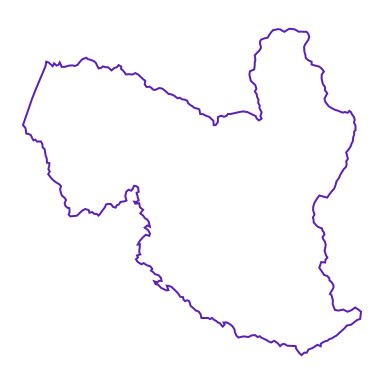 outline of Cerro Azul, Paraná, Brazil
{"feature_id": "56859067B8316714109518", "entity_name": "Cerro Azul", "entity_type": "district", "adm_level": 2, "iso_a3": "BRA", "parent_name": "Brazil", "parent_adm1": "Paraná", "projection": "robinson", "projection_center": [-49.28, -24.885], "detail": "fine", "context": "isolated", "style": "outline", "palette": "violet", "viewbox_px": 384, "rotation_deg": 0, "n_neighbors": 0, "source": "geoboundaries", "source_scale": "gbopen_adm2", "svg_char_len": 5334}
<svg xmlns="http://www.w3.org/2000/svg" viewBox="0 0 384 384"><path d="M257.2,52.6L254.7,55.5L255.4,59.5L254.7,63.1L254.7,65.6L254.2,69.4L249.9,71.3L249.4,74.6L250.8,80.9L255.2,84.9L256.4,88.7L254.9,91.5L256.6,94.0L257.1,96.8L258.4,99.5L258.2,102.9L259.7,105.6L259.4,107.9L261.6,112.4L260.4,116.0L261.6,118.7L258.8,120.4L256.6,118.4L255.8,116.2L247.5,112.1L243.1,111.4L240.0,111.9L230.1,114.1L227.9,113.9L226.7,115.7L224.1,116.8L221.2,115.7L217.9,117.1L217.9,121.9L215.7,125.1L213.7,125.2L213.4,120.7L211.0,118.6L209.5,117.0L205.4,115.5L203.3,114.2L200.2,114.0L199.3,109.3L196.9,108.5L194.0,107.7L192.3,106.2L190.0,104.8L188.2,103.3L187.3,100.8L185.0,99.7L182.1,99.3L179.8,97.7L177.6,98.3L173.9,95.5L171.0,94.3L168.5,93.9L166.8,92.3L164.3,90.1L162.2,88.6L159.4,88.0L154.9,90.0L152.7,89.4L151.3,87.7L149.2,86.7L146.6,87.0L144.7,84.4L145.3,80.8L142.9,79.0L140.0,76.3L138.0,74.4L135.4,73.1L132.1,74.6L130.1,74.2L125.9,74.4L124.3,72.1L122.9,70.4L121.0,68.8L121.3,66.7L118.7,65.1L116.8,67.2L114.4,68.0L111.5,70.4L110.0,69.0L108.1,67.3L105.7,67.2L102.9,66.4L101.1,67.9L98.6,68.4L97.1,65.6L95.7,62.6L93.5,60.9L90.5,59.8L88.0,59.2L86.1,57.7L82.0,59.5L79.4,62.4L77.6,64.8L74.9,66.0L72.4,65.4L69.0,65.6L65.0,66.8L61.6,66.9L60.7,64.4L59.7,62.4L58.6,64.7L56.5,65.6L54.1,63.3L52.7,66.2L50.7,64.3L48.8,62.6L46.3,61.7L45.5,66.2L35.5,90.0L31.9,99.2L23.0,125.1L25.5,128.0L26.3,133.6L28.6,133.9L31.0,135.3L32.1,138.0L33.4,140.3L35.3,139.7L37.1,141.6L40.8,141.4L42.4,144.1L42.7,147.5L44.6,149.1L45.2,152.9L45.6,155.4L46.7,158.3L47.0,162.7L49.3,163.0L49.3,165.5L48.4,169.1L49.7,171.5L48.2,174.2L50.0,176.5L51.6,178.6L53.3,180.3L56.3,182.5L59.6,184.5L61.0,186.4L60.1,189.2L60.8,192.6L62.0,195.7L64.6,197.8L66.0,200.0L64.6,203.2L65.4,205.8L67.3,207.7L69.3,208.1L69.6,211.9L68.7,214.7L70.4,216.4L72.8,216.1L76.9,215.7L82.0,210.8L85.2,209.0L88.8,210.2L89.4,212.7L92.2,212.1L94.2,213.8L96.8,214.0L98.6,215.6L100.0,214.0L102.2,210.8L105.0,207.2L106.0,204.5L108.2,203.9L111.0,204.1L113.2,207.0L115.6,207.6L116.7,205.5L119.0,204.3L120.6,201.9L124.7,201.3L126.5,200.5L125.3,196.3L126.2,191.9L128.5,189.7L131.2,190.7L132.8,188.7L134.1,185.8L136.1,186.1L138.1,187.5L138.7,191.8L136.6,192.8L137.8,197.3L138.7,200.3L136.7,201.9L134.2,201.7L135.4,203.7L139.2,203.2L139.9,207.2L143.1,209.8L140.3,213.4L143.0,215.4L144.8,218.1L147.3,219.6L148.7,221.7L149.9,226.7L147.3,225.5L144.7,227.6L148.1,230.2L150.0,233.6L149.3,235.8L145.7,234.8L142.6,237.6L139.7,241.1L137.8,244.5L139.9,244.3L139.7,247.0L139.4,250.1L139.2,252.3L140.3,254.4L137.0,255.5L138.0,257.5L135.9,259.2L137.5,261.7L141.4,264.3L143.6,263.1L147.0,265.3L150.2,266.3L152.3,268.9L151.0,270.6L153.1,272.1L154.9,274.1L158.5,275.2L161.0,277.9L161.6,281.0L159.1,280.7L157.4,282.4L154.2,281.3L155.5,284.1L158.1,284.7L159.5,286.2L161.2,287.9L166.3,290.4L168.4,290.1L166.8,285.7L168.9,285.9L171.6,287.0L176.2,291.4L178.3,293.7L180.3,296.8L183.1,297.2L183.4,299.4L184.9,301.1L187.1,300.3L189.3,301.2L190.6,305.9L193.4,308.1L195.6,310.4L198.7,311.6L200.5,314.1L201.5,318.0L204.6,318.0L207.9,317.9L210.2,319.1L211.9,317.9L214.0,319.8L216.1,320.9L217.6,322.3L219.6,323.0L222.7,326.6L224.6,324.6L223.6,322.5L226.3,322.4L228.9,323.5L230.6,324.7L232.3,326.1L234.5,329.3L234.8,331.9L236.3,335.4L238.3,337.5L243.6,336.4L248.5,337.0L251.7,335.4L255.2,335.1L257.6,337.1L259.7,336.2L261.3,337.6L266.4,340.0L268.7,341.5L271.0,342.5L274.2,340.8L277.8,343.3L280.1,346.1L282.0,344.3L284.1,343.9L287.3,345.7L295.6,346.1L296.2,348.8L299.3,353.0L301.5,355.1L304.3,352.6L306.7,352.8L308.5,349.5L312.6,348.0L317.4,344.8L320.7,346.2L320.9,343.6L323.4,342.1L325.6,341.1L327.5,340.7L329.5,339.0L332.2,338.3L333.8,337.0L336.3,335.7L344.6,328.2L346.7,325.6L351.3,324.6L353.4,322.9L357.1,320.0L360.2,318.9L360.6,315.2L361.0,311.7L358.5,309.7L355.2,307.5L351.3,310.3L347.4,311.7L343.3,309.6L338.3,310.6L334.9,309.9L332.7,304.1L332.9,300.4L331.5,295.1L329.9,294.0L333.4,287.9L333.6,285.5L331.4,281.9L329.5,280.5L329.3,278.2L327.4,276.1L324.0,274.8L322.9,273.0L319.3,267.8L321.2,262.1L325.1,262.5L325.7,259.4L327.4,257.5L326.1,255.5L324.6,250.7L325.4,247.1L325.7,244.7L324.9,241.6L323.2,239.2L322.5,237.1L324.5,234.5L323.9,232.4L322.6,230.9L322.0,228.5L318.4,227.0L316.7,225.9L313.7,222.4L313.6,219.9L312.9,217.4L314.5,214.6L313.1,210.1L313.2,206.8L314.5,202.7L317.3,198.2L319.3,195.5L327.2,197.6L329.3,194.5L331.9,191.1L334.2,188.6L335.5,185.2L336.5,181.4L339.1,177.8L340.2,175.0L343.6,169.3L345.9,167.0L346.7,164.3L346.2,161.4L347.9,158.8L347.0,155.4L346.2,152.3L348.3,150.0L350.9,145.9L351.6,143.5L352.8,141.4L353.2,137.3L354.2,134.8L354.1,131.7L355.5,130.2L355.5,127.8L355.5,125.5L354.0,122.6L354.7,119.8L354.0,117.1L352.1,114.5L351.0,112.2L349.4,110.9L347.7,112.8L344.8,112.0L342.9,112.6L340.8,111.9L337.7,110.6L335.1,109.9L332.4,108.5L328.7,106.2L325.4,102.0L324.5,99.0L325.4,96.8L327.3,93.3L324.9,90.1L325.1,87.3L322.8,83.8L322.3,81.5L321.6,78.4L321.7,74.6L323.9,71.6L321.6,68.5L319.0,66.5L315.2,65.6L311.6,64.5L311.6,61.7L308.3,60.3L305.8,58.1L305.3,54.7L304.4,51.7L304.1,46.7L305.4,44.0L308.3,39.8L309.3,36.5L308.0,33.4L306.5,31.8L304.5,31.8L302.2,31.7L298.5,31.7L296.8,30.5L294.4,29.3L291.4,28.9L289.0,28.9L286.1,30.7L284.3,31.8L282.5,30.8L280.1,29.3L277.7,29.2L273.0,30.2L270.8,32.7L269.3,34.7L267.8,37.6L264.3,38.4L261.1,39.6L260.0,41.5L260.2,44.3L261.0,47.9L259.0,51.0L257.2,52.6Z" fill="none" stroke="#5b21b6" stroke-width="2"/></svg>